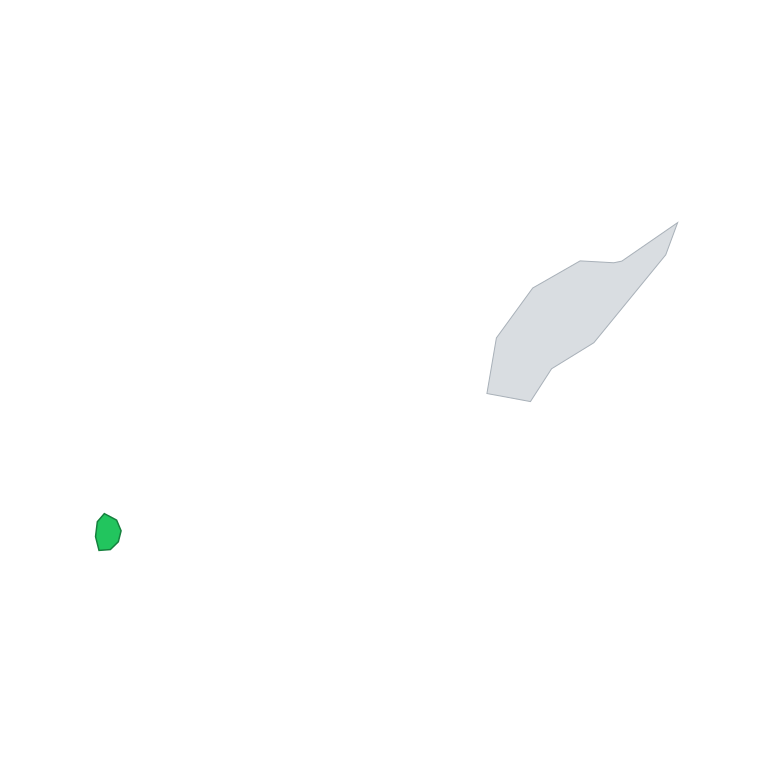 where Angaur sits in Palau, rotated 30°
{"feature_id": "PLW-5246", "entity_name": "Angaur", "entity_type": "state/province", "adm_level": 1, "iso_a3": "PLW", "parent_name": "Palau", "parent_adm1": "", "projection": "orthographic", "projection_center": [134.158, 6.91], "detail": "fine", "context": "in_parent", "style": "filled", "palette": "green", "viewbox_px": 768, "rotation_deg": 30, "n_neighbors": 0, "source": "natural_earth", "source_scale": "10m", "svg_char_len": 483}
<svg xmlns="http://www.w3.org/2000/svg" viewBox="0 0 768 768"><g transform="rotate(30 384 384)"><path d="M519.6,326.0L477.9,340.8L458.3,287.9L464.8,226.5L492.3,179.3L522.4,164.1L528.5,158.7L557.6,97.4L563.4,131.2L545.1,243.3L521.5,287.0L519.6,326.0Z" fill="#d9dde1" stroke="#a8b0b8" stroke-width="1"/><path d="M220.4,670.6L210.5,660.4L204.6,646.6L206.6,636.1L220.5,635.6L229.7,642.6L232.8,653.5L229.8,664.2L220.4,670.6Z" fill="#22c55e" stroke="#15803d" stroke-width="1.5"/></g></svg>